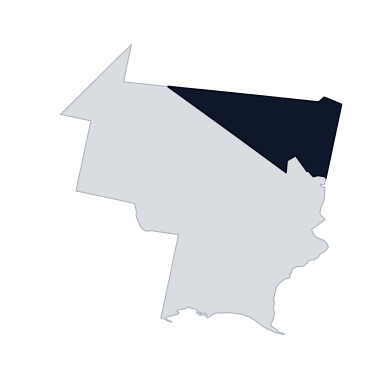 where Hodh ech Chargui sits in Mauritania, rotated 282°
{"feature_id": "MRT-2796", "entity_name": "Hodh ech Chargui", "entity_type": "Region", "adm_level": 1, "iso_a3": "MRT", "parent_name": "Mauritania", "parent_adm1": "", "projection": "mercator", "projection_center": [-6.332, 19.309], "detail": "fine", "context": "in_parent", "style": "filled", "palette": "ink", "viewbox_px": 384, "rotation_deg": 282, "n_neighbors": 0, "source": "natural_earth", "source_scale": "10m", "svg_char_len": 4963}
<svg xmlns="http://www.w3.org/2000/svg" viewBox="0 0 384 384"><g transform="rotate(282 192 192)"><path d="M163.3,335.4L162.8,335.2L160.5,333.6L159.4,331.7L157.6,330.2L155.1,329.3L153.5,328.2L152.7,326.9L151.8,326.1L150.8,325.7L150.7,325.3L151.0,324.7L150.7,323.5L149.3,321.0L147.9,319.9L146.7,320.0L146.1,319.7L145.7,319.2L145.5,318.4L144.7,317.7L143.4,317.4L142.2,315.5L141.4,312.1L140.3,309.4L139.0,307.5L138.0,306.8L137.3,306.6L137.1,306.3L136.9,305.8L135.8,305.6L134.4,306.1L133.1,306.0L132.4,305.0L131.5,304.9L130.4,305.7L129.1,305.5L127.7,304.3L127.0,303.0L126.8,301.8L124.5,299.4L119.8,295.8L114.8,294.1L109.4,294.3L106.3,294.2L105.7,293.6L105.0,293.6L104.3,294.3L103.6,294.4L102.8,294.1L102.4,294.4L102.2,295.3L100.3,295.7L96.6,295.8L93.7,296.3L91.5,297.5L88.3,297.9L84.2,297.8L81.7,297.4L80.9,296.7L79.7,296.5L78.2,296.9L76.8,298.7L75.6,301.9L74.6,303.8L73.8,304.2L73.0,306.6L72.5,310.6L71.8,312.4L71.8,302.4L73.0,298.6L73.3,295.3L75.8,288.0L78.8,282.0L81.6,274.1L82.6,266.4L82.3,258.8L81.5,252.0L80.1,247.6L78.7,241.1L76.7,237.7L73.1,234.7L72.2,232.9L73.1,232.3L75.3,231.8L76.7,229.5L73.7,230.4L77.2,223.2L78.3,218.3L78.1,215.1L78.8,213.1L76.1,208.8L74.1,203.4L73.0,202.5L71.9,202.1L71.8,203.4L71.2,204.5L69.9,203.8L67.6,199.9L64.5,193.4L63.4,192.8L62.4,193.7L61.8,194.5L60.8,199.9L60.4,197.7L60.9,195.2L61.7,192.1L62.6,187.8L65.3,187.8L70.3,187.8L80.1,187.8L85.0,187.8L94.9,187.8L99.8,187.8L109.7,187.8L114.6,187.8L124.5,187.7L129.4,187.7L139.3,187.7L144.2,187.7L147.4,187.7L147.2,184.6L147.1,182.2L146.9,178.9L146.7,175.7L146.5,172.4L146.3,169.3L146.1,166.3L145.9,163.4L145.8,160.8L145.5,159.3L144.4,156.3L144.2,154.8L144.5,153.2L145.2,151.7L147.1,149.0L150.0,146.9L153.4,144.5L155.9,142.7L157.3,142.2L161.3,141.6L164.4,140.2L167.5,138.9L168.8,138.1L168.9,135.6L168.9,78.3L184.2,78.3L188.2,78.3L216.2,78.3L220.2,78.3L240.6,78.3L240.6,75.5L240.6,71.6L240.6,66.2L240.6,60.8L240.6,51.3L240.6,47.2L244.6,49.9L252.7,55.2L256.7,57.9L264.8,63.2L272.9,68.5L281.0,73.9L285.0,76.5L289.1,79.1L293.1,81.8L297.2,84.4L305.3,89.7L308.6,91.9L313.8,95.5L318.7,98.8L323.6,102.1L316.0,102.1L306.0,102.1L299.1,102.1L292.1,102.1L285.5,102.1L286.1,107.5L286.7,113.4L287.3,119.3L287.9,125.1L288.5,131.0L290.3,148.4L291.0,154.2L291.6,160.0L292.2,165.8L292.8,171.6L294.0,183.1L294.6,188.8L295.2,194.6L295.9,200.3L296.5,206.0L297.1,211.7L298.3,223.1L298.9,228.8L299.5,234.4L300.1,240.1L300.8,245.7L301.4,251.4L302.0,257.0L302.6,262.6L303.8,273.9L304.4,279.5L305.0,285.1L305.7,290.7L306.2,296.1L308.8,298.9L312.0,302.5L311.1,307.5L310.0,313.5L308.7,320.0L299.8,320.0L291.0,320.0L269.1,320.0L264.7,320.1L242.8,320.1L238.4,320.1L230.0,320.1L227.5,319.9L226.6,319.4L226.2,316.0L225.5,316.2L224.6,317.2L224.1,318.3L224.3,319.7L224.2,320.9L221.4,321.4L217.5,322.2L213.5,322.8L209.5,322.6L208.1,322.3L206.6,321.8L203.4,321.3L201.7,321.3L199.7,321.4L197.3,321.7L196.5,322.3L194.8,324.8L193.0,327.8L191.9,327.7L190.6,326.1L187.1,323.1L182.9,319.1L181.0,317.2L180.0,316.9L178.0,318.3L176.3,319.7L174.4,321.6L173.6,323.5L173.0,325.7L172.7,328.2L172.0,331.2L170.6,333.6L168.8,335.4L167.5,336.3L167.0,336.8L163.3,335.4ZM75.3,225.1L73.9,227.3L73.3,226.4L73.0,225.0L74.3,222.9L74.8,221.8L75.9,221.4L75.3,225.1Z" fill="#d9dde1" stroke="#a8b0b8" stroke-width="1"/><path d="M290.3,146.1L290.5,148.3L290.8,151.2L291.1,154.0L291.4,156.8L291.7,159.6L292.0,162.4L292.3,165.2L292.6,168.0L292.9,170.8L293.2,173.6L293.5,176.4L293.9,179.2L294.2,182.0L294.5,184.8L294.8,187.6L295.1,190.4L295.4,193.1L295.7,195.9L295.8,197.3L296.1,200.2L296.5,203.2L296.6,204.5L296.9,207.0L297.2,209.9L297.5,212.7L297.8,215.6L298.1,218.5L298.4,221.3L298.7,224.2L299.0,227.0L299.4,229.9L299.7,233.0L299.8,234.4L300.0,235.7L300.1,237.0L300.2,238.3L300.5,240.4L300.7,242.6L300.9,244.7L301.1,246.8L301.3,248.9L301.5,251.0L301.8,253.1L302.0,255.2L302.2,257.3L302.4,259.4L302.6,261.5L302.9,263.6L303.1,265.6L303.3,267.6L303.5,269.7L303.7,271.7L303.9,273.8L304.1,275.8L304.3,277.8L304.6,279.9L304.8,281.9L305.0,283.9L305.2,285.9L305.4,288.0L305.6,290.0L305.8,292.0L306.1,294.0L306.3,296.1L306.4,297.0L306.5,297.3L306.7,297.7L307.6,298.3L308.4,298.8L309.3,299.5L310.2,300.1L311.1,300.7L311.9,301.3L312.0,301.4L312.1,301.5L312.2,301.8L312.0,302.5L311.7,304.6L311.3,306.7L310.9,308.8L310.5,310.9L310.1,313.1L309.7,315.3L309.3,317.5L308.9,319.6L308.8,319.8L308.8,320.1L308.7,320.1L305.3,320.1L302.4,320.1L301.1,320.1L299.6,320.1L298.0,320.1L296.4,320.1L293.5,320.1L291.4,320.1L290.4,320.1L287.2,320.1L283.8,320.1L280.3,320.1L276.7,320.1L273.0,320.1L269.3,320.1L265.6,320.1L262.0,320.1L258.4,320.1L254.9,320.1L251.5,320.1L248.2,320.1L245.2,320.1L242.3,320.1L240.5,320.1L238.7,320.1L237.1,320.1L235.7,320.1L233.7,320.1L233.8,320.0L233.9,319.9L234.6,319.1L234.4,312.0L233.2,309.4L232.3,307.4L236.6,301.6L236.1,300.0L239.1,296.9L240.5,295.3L244.1,291.3L249.1,285.9L245.4,281.8L242.4,278.5L230.6,280.0L230.6,279.9L255.5,224.6L255.8,224.0L290.1,146.5L290.3,146.2L290.3,146.1Z" fill="#0f172a" stroke="#020617" stroke-width="1.5"/></g></svg>